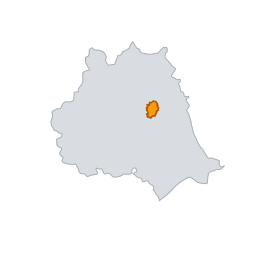 Lyuban, Minsk, Belarus (highlighted), rotated 240°
{"feature_id": "67162791B60458568388386", "entity_name": "Lyuban", "entity_type": "district", "adm_level": 2, "iso_a3": "BLR", "parent_name": "Belarus", "parent_adm1": "Minsk", "projection": "orthographic", "projection_center": [28.032, 52.73], "detail": "fine", "context": "in_parent", "style": "filled", "palette": "amber", "viewbox_px": 256, "rotation_deg": 240, "n_neighbors": 0, "source": "geoboundaries", "source_scale": "gbopen_adm2", "svg_char_len": 6201}
<svg xmlns="http://www.w3.org/2000/svg" viewBox="0 0 256 256"><g transform="rotate(240 128 128)"><path d="M200.4,175.4L196.8,175.3L192.6,175.6L190.3,177.4L187.6,176.7L185.8,177.7L181.8,182.5L180.2,185.0L178.8,188.8L177.9,191.7L178.5,193.6L179.4,195.4L179.6,197.4L180.1,198.9L179.1,200.1L178.5,201.7L176.7,201.5L174.4,200.0L173.9,197.8L172.2,196.3L171.0,195.5L169.2,195.4L166.3,196.2L162.4,196.9L159.6,197.1L158.0,197.9L155.7,198.8L154.7,197.9L153.4,195.3L152.3,192.8L151.6,191.7L150.9,191.4L150.1,191.5L149.3,192.3L148.6,193.1L146.2,194.1L145.1,195.0L144.0,197.4L143.2,197.2L142.4,196.7L141.4,194.1L140.2,193.5L138.1,193.5L135.6,192.9L133.6,192.2L132.9,192.3L131.6,193.5L130.3,193.6L127.5,192.6L126.9,193.1L125.2,196.0L124.4,196.1L124.0,195.7L124.3,193.2L122.6,192.3L119.8,192.2L117.8,192.5L116.8,192.4L116.3,191.9L114.0,187.7L112.7,187.4L110.4,187.6L107.1,187.0L103.2,186.0L101.1,185.6L100.0,184.6L97.6,184.2L91.2,182.3L88.6,181.9L84.8,181.7L78.9,181.1L75.2,181.2L73.4,181.7L71.4,182.0L64.4,182.2L61.9,182.5L61.1,183.4L60.2,185.2L57.1,188.4L54.2,190.5L53.7,190.7L52.1,189.4L50.8,188.9L49.2,188.7L48.0,189.0L47.3,189.5L47.2,192.1L47.1,192.3L46.0,189.2L46.3,186.4L47.1,184.9L48.0,183.5L47.8,181.3L48.8,178.6L48.9,176.5L48.6,175.6L48.0,174.6L46.3,173.3L45.5,172.4L43.2,171.0L40.9,169.4L40.5,168.5L40.7,167.9L41.2,167.0L43.2,164.3L45.3,161.8L46.7,160.8L53.6,157.8L54.7,156.7L55.1,154.7L55.2,150.6L55.0,146.8L54.6,144.2L53.7,139.3L50.8,129.2L49.4,118.7L50.7,119.4L53.8,119.8L56.3,119.2L57.6,119.2L58.8,119.5L62.1,119.1L62.8,120.1L64.2,121.0L67.2,119.9L69.8,118.6L72.4,118.9L72.8,118.2L73.6,114.5L74.4,113.8L77.6,114.3L78.8,113.7L80.0,111.9L81.9,110.9L83.5,110.9L85.1,109.7L85.9,110.6L86.2,112.1L85.6,113.3L85.9,113.8L86.9,114.4L88.9,114.5L90.1,114.0L90.4,113.3L90.4,112.1L90.2,110.9L89.4,109.9L87.9,109.3L86.9,109.2L86.7,108.6L87.1,107.2L88.1,104.7L89.3,102.5L90.1,101.6L90.2,100.8L90.1,99.5L90.2,97.0L91.3,93.5L92.8,90.9L94.6,90.1L96.9,89.7L98.4,88.5L99.1,87.1L99.8,84.9L100.5,84.4L105.9,84.8L106.7,82.6L107.2,82.0L108.2,81.4L109.0,80.6L108.7,79.9L107.4,79.5L104.1,79.1L103.5,78.3L103.7,77.5L104.6,75.2L105.5,72.2L106.0,69.9L106.1,68.5L106.5,68.2L109.1,67.8L110.0,67.3L112.3,64.2L114.0,63.7L118.4,64.6L120.4,64.5L122.9,64.8L123.2,64.5L124.1,61.3L128.4,56.4L130.7,54.6L132.2,54.3L132.7,54.3L135.0,57.0L135.6,57.1L137.1,56.0L139.7,55.9L141.0,56.8L142.8,60.0L143.7,60.4L146.3,58.5L147.7,57.9L148.7,57.9L153.6,60.3L154.0,61.1L154.0,62.1L153.3,65.0L154.4,66.8L155.6,68.0L158.1,65.9L159.0,65.3L160.0,65.3L161.3,64.5L162.3,63.4L163.2,62.9L165.0,63.2L168.3,62.8L172.2,64.5L172.5,65.0L174.5,67.0L175.2,68.0L175.8,68.3L176.9,69.3L178.3,69.9L179.2,69.6L179.7,70.0L180.1,70.8L180.2,72.1L180.2,76.0L178.9,78.1L178.8,78.8L178.9,79.7L180.0,81.3L181.6,83.8L182.0,85.3L182.0,86.5L180.2,89.9L179.6,90.7L179.2,92.3L179.1,94.0L179.2,94.7L182.6,97.2L185.0,98.6L185.6,99.2L185.7,99.7L184.5,102.6L184.4,103.4L186.4,104.4L187.6,106.3L188.7,109.3L190.7,112.1L197.8,116.0L198.4,116.7L198.7,117.6L198.6,119.6L197.5,123.5L198.7,124.0L201.8,123.7L205.5,123.9L210.2,126.3L210.3,127.5L209.9,128.7L210.3,129.8L210.8,130.7L214.9,133.5L215.3,134.3L215.5,135.8L215.5,136.9L214.4,137.2L213.2,137.7L211.3,139.1L210.7,141.0L207.6,143.7L205.7,144.9L204.1,145.1L200.4,144.8L199.0,143.6L198.4,142.5L196.9,142.1L195.0,142.1L192.4,142.4L191.8,142.8L191.5,144.2L190.5,146.6L189.7,148.0L193.3,152.6L195.1,154.4L195.7,155.6L195.7,156.4L194.9,157.4L195.2,159.4L196.9,162.0L196.4,162.4L196.4,165.7L196.6,169.1L197.1,169.9L198.0,170.6L198.8,171.8L200.2,174.6L200.4,175.4Z" fill="#d9dde1" stroke="#a8b0b8" stroke-width="1"/><path d="M135.7,165.4L136.0,165.4L136.5,165.4L136.9,165.3L137.1,165.2L137.3,164.9L137.6,164.4L137.8,164.2L138.1,164.0L138.4,163.7L138.6,163.6L138.7,163.2L138.6,162.4L138.5,161.9L138.4,161.2L138.4,160.6L138.4,160.3L138.8,160.1L139.2,159.8L139.3,159.5L139.2,159.4L139.0,159.1L138.8,159.0L138.6,158.8L138.4,158.6L138.1,158.4L137.8,158.3L137.4,158.3L137.2,158.0L137.3,157.6L137.4,157.1L137.6,157.1L137.9,157.1L138.2,156.8L138.5,156.5L138.6,156.2L138.1,156.1L137.8,156.0L137.7,156.0L137.4,155.9L137.0,155.8L136.7,155.8L136.6,155.7L136.4,155.6L136.3,155.4L136.3,155.1L136.3,154.9L136.4,154.7L136.4,154.4L136.4,154.2L136.1,154.0L135.8,154.0L135.6,154.1L135.3,154.2L135.2,154.3L134.9,154.3L134.8,154.1L134.7,153.8L134.7,153.5L134.6,153.3L134.5,153.2L134.3,153.3L134.2,153.3L134.0,153.2L133.9,153.1L133.6,153.0L133.4,153.1L133.2,153.2L132.8,153.2L132.5,153.2L132.2,153.2L131.9,153.1L131.6,153.1L131.4,153.1L131.1,153.0L130.9,153.0L130.7,152.8L130.6,152.6L130.6,152.4L130.7,152.1L130.7,151.8L130.7,151.7L130.7,151.3L130.8,151.2L130.7,151.0L130.4,151.1L130.3,151.3L130.2,151.4L130.0,151.5L129.8,151.6L129.6,151.7L129.4,151.7L129.2,151.4L128.9,151.2L128.9,150.9L128.9,150.7L128.7,150.5L128.5,150.4L128.3,150.4L128.0,150.4L127.9,150.4L127.7,150.4L127.6,150.5L127.5,150.9L127.5,151.1L127.5,151.3L127.4,151.4L127.1,151.5L126.9,151.5L126.7,151.6L126.4,151.8L126.2,152.0L125.9,152.1L125.9,152.3L126.0,152.5L125.9,152.6L125.7,152.7L125.3,152.7L125.2,152.8L125.2,153.0L125.3,153.3L125.5,153.4L125.6,153.7L125.6,153.9L125.7,154.1L125.8,154.2L125.9,154.4L126.0,154.5L125.9,154.8L126.0,155.1L126.2,155.3L126.1,155.5L125.8,155.6L125.7,155.7L125.7,155.8L125.8,156.1L125.7,156.4L125.7,156.6L125.7,156.8L125.7,157.0L125.4,157.2L125.2,157.2L125.0,157.3L124.9,157.3L124.9,157.5L125.0,157.6L125.2,157.8L125.3,158.0L125.4,158.3L125.4,158.5L125.5,158.6L125.8,158.7L126.0,158.8L126.3,159.0L126.5,159.2L126.6,159.4L126.6,159.7L126.6,159.8L126.7,160.0L126.7,160.3L126.8,160.4L126.9,160.5L127.0,160.6L127.3,160.6L127.5,160.6L127.7,160.8L127.8,160.9L127.8,161.0L128.0,161.0L128.1,160.9L128.2,161.0L128.3,161.0L128.3,161.3L128.3,161.5L128.2,161.5L128.2,161.9L128.2,162.1L128.3,162.3L128.3,162.5L128.3,162.9L128.3,163.0L128.6,163.2L128.9,163.2L129.0,163.1L129.4,163.3L129.5,163.4L129.5,163.5L129.6,163.9L129.7,164.1L129.8,164.3L130.0,164.5L130.5,164.5L130.8,164.5L131.0,164.5L131.5,164.5L131.7,164.4L132.1,164.4L132.4,164.3L132.7,164.3L132.9,164.4L132.9,164.7L133.0,165.0L133.0,165.3L133.5,165.2L133.8,165.2L134.0,165.2L134.2,165.3L134.3,165.5L134.7,165.6L135.1,165.5L135.4,165.5L135.6,165.4L135.7,165.4Z" fill="#f59e0b" stroke="#b45309" stroke-width="1.5"/></g></svg>